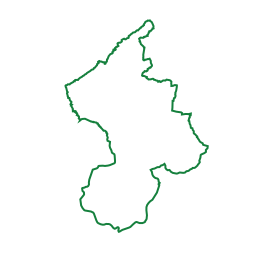 the district of San Kamphaeng, Chiang Mai, Thailand, rotated 71°
{"feature_id": "78962969B510948306110", "entity_name": "San Kamphaeng", "entity_type": "district", "adm_level": 2, "iso_a3": "THA", "parent_name": "Thailand", "parent_adm1": "Chiang Mai", "projection": "mercator", "projection_center": [99.128, 18.733], "detail": "fine", "context": "isolated", "style": "outline", "palette": "green", "viewbox_px": 256, "rotation_deg": 71, "n_neighbors": 0, "source": "geoboundaries", "source_scale": "gbopen_adm2", "svg_char_len": 5667}
<svg xmlns="http://www.w3.org/2000/svg" viewBox="0 0 256 256"><g transform="rotate(71 128 128)"><path d="M189.0,197.0L191.4,196.1L192.0,195.5L194.9,190.2L196.7,188.4L197.9,188.1L205.1,188.0L207.3,187.7L208.3,187.1L210.0,185.3L211.1,183.6L211.6,182.2L211.6,179.9L212.6,177.3L213.4,176.3L214.2,175.8L215.0,175.3L217.5,174.5L218.8,173.6L219.0,172.6L218.4,170.3L218.8,169.5L219.7,169.3L222.0,170.6L223.1,170.5L223.2,169.7L222.5,166.5L222.5,159.5L222.3,157.9L220.7,154.5L219.6,151.7L219.6,151.1L219.7,150.4L221.6,148.1L222.6,145.2L222.5,143.3L222.2,142.3L221.3,141.7L220.8,140.8L220.0,140.0L216.7,138.5L211.8,137.4L208.8,136.3L207.0,134.9L205.5,132.8L204.5,130.8L203.8,128.3L198.5,121.7L192.4,117.1L191.6,116.9L191.3,117.4L190.8,117.2L190.2,115.9L188.9,116.5L186.9,116.1L185.8,116.3L185.4,116.6L184.2,118.4L182.9,119.3L181.4,119.9L180.0,120.1L177.1,119.7L175.0,120.2L174.7,118.2L175.0,116.1L174.6,113.0L175.2,110.9L174.2,108.9L174.4,107.3L173.8,105.2L175.8,104.9L177.9,105.6L179.7,105.1L180.9,104.1L181.1,102.6L181.4,102.3L183.3,101.7L185.0,100.3L186.9,97.0L187.1,96.0L186.9,93.6L188.4,90.4L188.7,88.7L187.9,86.8L188.2,85.4L188.2,84.5L187.4,82.6L187.4,81.0L186.8,79.8L187.3,78.5L187.3,77.4L186.1,74.5L185.4,73.9L184.6,72.4L183.6,71.2L182.3,71.3L179.6,69.2L177.3,68.1L176.9,67.4L176.6,64.0L176.0,62.1L174.1,61.5L173.0,59.4L171.1,58.5L168.4,62.4L166.7,62.4L165.1,63.9L164.1,64.5L161.7,64.9L160.9,65.3L159.6,65.4L159.2,65.8L158.5,65.3L157.1,66.1L156.0,66.4L155.1,67.2L154.1,67.5L153.0,67.0L152.1,66.9L151.0,67.4L149.2,67.2L148.3,68.5L145.6,68.0L144.1,68.3L141.5,67.8L141.3,68.2L140.8,68.4L138.3,66.7L138.2,66.2L136.2,65.5L136.4,64.6L134.8,63.9L134.6,66.1L133.5,68.9L132.8,72.6L131.5,72.0L130.5,72.7L128.3,77.0L125.9,80.6L123.3,79.4L116.9,77.0L117.2,76.2L114.9,74.9L114.6,74.5L114.7,73.9L113.5,72.8L112.5,72.4L112.0,72.6L110.9,71.9L110.3,71.9L108.4,70.3L104.9,68.4L103.6,67.9L103.2,68.5L102.6,70.0L102.8,71.8L102.4,73.3L100.7,72.7L100.1,72.7L98.4,71.9L97.0,72.4L96.2,73.3L94.8,75.9L95.3,77.1L94.5,79.3L95.2,82.1L95.0,82.4L94.6,82.3L93.9,82.9L94.1,84.4L93.2,84.4L92.8,84.8L92.4,85.8L91.5,86.5L90.9,87.7L89.9,87.9L89.7,88.2L89.5,88.7L89.4,90.6L88.8,92.8L88.0,93.1L87.0,94.1L86.0,93.6L85.7,94.3L85.4,94.3L84.1,95.8L83.7,97.0L83.0,97.6L81.6,96.8L80.8,96.1L80.5,95.6L80.4,94.7L79.7,93.9L79.6,93.6L80.4,92.5L80.1,91.8L80.2,91.3L79.9,91.1L79.9,90.7L78.5,90.1L78.7,89.3L77.9,88.1L78.3,87.2L77.8,86.8L77.8,86.3L77.0,85.1L76.3,84.9L73.8,85.2L71.9,84.6L69.5,85.0L69.5,86.3L69.2,87.0L69.3,88.2L69.1,88.7L69.3,90.7L69.1,91.0L68.5,90.7L68.1,91.3L66.7,90.7L66.3,90.7L65.7,90.3L63.7,89.7L57.4,86.3L57.2,86.8L56.2,86.7L52.9,88.5L50.4,88.4L50.3,88.8L50.0,88.9L49.6,88.4L47.2,88.4L46.6,86.8L47.7,84.2L47.6,83.7L47.1,83.3L47.4,82.6L47.1,82.1L47.3,81.5L47.1,80.8L47.3,79.5L46.5,79.5L46.5,79.1L45.8,78.4L44.8,77.4L44.3,77.3L44.1,76.9L44.1,76.5L43.5,76.4L43.5,74.4L43.0,73.9L42.3,72.3L42.0,72.3L42.1,71.4L41.2,71.3L40.0,70.7L36.9,70.9L35.3,71.2L34.1,72.2L33.4,72.3L33.3,73.4L32.8,74.3L33.2,75.3L33.1,75.9L33.4,77.1L34.4,78.1L35.1,79.2L36.0,79.5L36.0,80.2L36.6,80.8L36.7,82.4L37.4,83.0L37.5,84.1L38.3,85.3L38.5,86.2L39.0,86.7L38.6,87.8L38.7,88.2L39.7,90.1L39.4,92.3L40.0,93.3L40.1,94.2L41.1,96.3L41.1,97.1L41.4,97.5L42.7,97.9L43.0,98.2L42.8,99.7L43.4,101.3L43.1,102.0L42.3,102.6L42.5,104.5L42.8,105.4L44.1,105.6L44.4,106.0L44.8,107.5L44.4,108.6L44.4,109.9L44.7,110.4L46.5,110.6L47.0,110.3L47.4,110.4L47.5,111.4L47.7,112.0L47.4,112.5L47.7,113.2L48.3,113.7L48.2,114.3L48.7,114.7L49.7,114.1L50.1,114.5L50.0,115.2L49.2,115.8L49.1,116.2L49.7,116.7L50.9,116.9L51.2,118.1L52.2,118.2L52.4,118.6L52.4,120.6L53.8,122.9L56.1,124.8L56.3,125.5L58.3,126.4L58.4,127.2L59.8,128.3L59.9,128.9L59.7,129.2L58.0,129.2L57.5,130.7L56.6,131.3L56.3,132.3L55.3,133.3L55.3,133.6L55.7,134.8L56.2,134.9L56.9,134.5L57.2,134.8L57.5,136.4L58.6,136.9L59.4,138.6L60.1,139.4L60.3,140.8L61.2,141.6L61.1,143.5L61.8,145.1L62.6,148.8L63.3,150.1L63.4,151.5L64.1,152.8L64.1,153.9L64.6,154.8L64.9,156.9L65.7,158.9L66.3,159.6L65.4,162.1L65.5,162.5L66.5,163.1L66.1,164.1L66.8,164.9L66.9,166.2L67.2,166.9L67.1,167.8L67.8,169.0L67.1,170.6L67.6,171.8L67.4,172.9L67.8,173.4L69.4,173.5L69.7,173.3L73.8,173.7L74.5,173.3L74.8,173.6L74.9,174.1L75.3,174.4L77.6,174.5L78.2,174.7L78.5,174.5L80.1,174.8L80.5,173.7L82.9,173.9L85.0,173.0L85.8,173.6L86.0,173.6L86.1,174.0L86.8,174.6L87.3,174.2L87.7,174.3L87.9,173.8L88.4,174.6L88.7,174.3L89.9,174.3L91.7,173.9L92.1,174.2L92.6,174.1L93.2,174.3L93.7,174.0L93.9,174.6L94.3,174.7L94.7,173.3L95.0,172.7L94.8,172.4L95.1,172.0L95.9,172.0L96.1,172.7L97.0,172.1L96.9,171.6L97.3,171.5L97.5,171.7L98.4,171.5L98.9,171.9L99.0,171.4L99.8,171.6L100.3,171.0L100.8,170.8L100.9,171.0L101.5,170.8L102.8,171.1L103.0,171.4L104.7,170.7L105.1,170.8L105.3,171.0L105.1,170.3L104.4,170.1L104.7,167.7L105.3,165.6L110.0,160.7L110.0,160.3L110.9,159.3L111.2,158.9L111.0,158.6L112.2,157.0L112.5,156.2L113.6,155.4L113.8,155.5L114.0,155.0L115.1,155.1L115.6,154.6L116.3,154.9L116.8,154.6L116.8,154.4L117.5,154.3L117.7,153.8L118.3,153.8L118.7,153.4L119.1,153.5L119.9,153.0L122.3,152.1L122.2,151.9L122.7,151.5L123.1,150.7L123.9,150.1L124.4,149.9L125.2,150.1L125.4,149.6L126.5,149.8L127.0,149.5L127.9,150.3L130.6,150.3L131.8,151.3L133.4,151.5L135.2,149.5L138.9,151.2L140.9,151.4L143.7,151.0L145.9,151.2L146.3,151.1L148.3,149.5L149.3,149.5L155.0,151.0L156.4,151.6L156.9,152.3L157.2,157.4L157.0,159.3L156.4,162.1L155.4,164.2L154.4,167.7L154.4,168.3L155.3,169.1L155.8,169.9L156.0,170.7L155.9,174.9L164.2,181.4L166.7,182.7L168.7,183.3L169.9,184.5L170.2,185.6L169.9,187.3L170.2,188.4L169.9,190.7L170.3,191.1L172.7,191.5L174.5,190.6L176.4,191.1L177.0,191.7L179.9,196.3L186.0,197.5L189.0,197.0Z" fill="none" stroke="#15803d" stroke-width="2"/></g></svg>